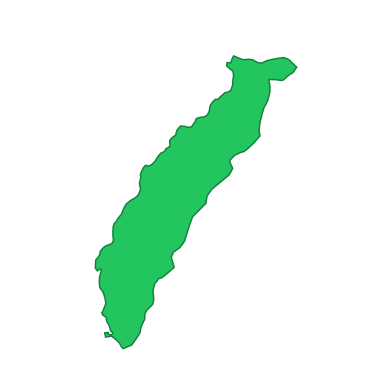 outline of Seogwipo-si, Jeju, South Korea, rotated 138°
{"feature_id": "91817680B85110926045998", "entity_name": "Seogwipo-si", "entity_type": "district", "adm_level": 2, "iso_a3": "KOR", "parent_name": "South Korea", "parent_adm1": "Jeju", "projection": "natural_earth1", "projection_center": [126.598, 33.335], "detail": "fine", "context": "isolated", "style": "filled", "palette": "green", "viewbox_px": 384, "rotation_deg": 138, "n_neighbors": 0, "source": "geoboundaries", "source_scale": "gbopen_adm2", "svg_char_len": 2413}
<svg xmlns="http://www.w3.org/2000/svg" viewBox="0 0 384 384"><g transform="rotate(138 192 192)"><path d="M30.7,214.7L31.4,225.5L33.8,230.5L38.4,233.6L43.9,237.0L48.9,239.7L53.7,241.0L56.4,244.0L58.5,249.8L61.4,253.0L65.5,256.1L67.9,260.8L70.1,265.3L74.5,263.5L76.7,262.0L79.3,264.7L81.9,262.6L81.7,260.2L81.3,257.5L80.8,254.3L83.0,250.9L86.5,248.0L90.3,244.2L94.9,241.7L97.7,241.9L101.0,243.7L104.3,243.7L107.0,243.9L109.6,243.3L111.5,244.2L112.7,245.3L114.7,245.2L116.8,245.0L119.4,244.4L120.8,243.9L122.5,242.6L125.2,240.4L129.1,239.0L132.6,239.6L135.5,241.7L139.5,243.7L142.3,242.3L147.4,241.1L149.1,240.8L151.9,243.0L153.3,245.3L156.4,248.8L162.0,247.9L164.1,246.6L165.9,245.2L170.3,245.7L172.1,245.6L174.3,245.0L176.0,243.1L177.4,240.8L180.2,241.0L182.4,241.6L184.8,240.6L186.5,240.8L189.0,241.7L192.4,241.3L196.4,240.4L198.7,239.6L203.3,239.3L206.8,240.1L208.6,242.9L211.3,242.7L215.8,241.0L218.8,239.4L220.2,237.0L225.0,233.9L226.4,231.9L228.5,228.3L234.0,225.7L238.7,225.7L243.6,226.9L249.1,227.0L254.1,225.3L258.7,222.9L265.4,221.7L268.1,220.7L270.5,220.7L273.6,219.1L276.8,216.0L280.0,212.4L282.8,208.5L286.3,207.3L290.1,208.9L293.4,209.9L296.8,209.8L300.3,209.1L302.4,207.2L305.1,206.3L308.6,206.0L310.7,204.3L312.9,201.9L314.8,200.1L315.1,196.7L312.9,196.5L311.2,195.5L312.2,194.2L315.5,192.1L317.8,190.5L320.4,187.9L321.8,186.3L323.7,183.7L324.6,182.3L324.9,178.0L325.9,175.0L327.4,172.1L328.8,169.4L330.9,166.6L335.8,164.2L337.5,163.3L339.9,162.6L340.6,160.5L340.3,158.5L339.7,156.7L340.1,155.3L341.5,153.7L342.4,151.6L342.4,149.7L344.4,145.0L345.1,143.9L345.4,142.9L345.0,141.0L345.4,139.8L346.9,139.8L348.1,140.2L348.8,141.3L349.1,142.6L348.2,143.5L351.1,145.8L353.3,142.0L348.3,138.8L347.6,135.3L347.2,132.3L347.0,128.3L347.8,125.2L348.1,121.8L345.2,120.7L339.1,118.7L332.1,120.2L325.1,122.0L321.4,124.9L317.7,127.0L312.4,129.0L308.7,132.8L304.4,134.4L296.3,134.8L292.3,137.7L287.1,144.7L281.2,148.7L274.4,149.8L271.8,148.5L263.9,148.0L255.6,148.0L251.2,157.2L246.4,159.7L238.1,158.8L230.5,160.4L218.2,167.8L208.2,173.2L189.1,174.3L183.5,179.0L175.2,180.8L152.6,179.9L145.9,182.4L144.3,187.8L142.6,190.3L135.6,190.7L129.4,188.9L126.4,187.3L120.7,186.9L112.6,187.1L103.9,188.2L101.0,192.9L95.3,197.9L88.5,202.6L82.2,206.4L74.5,209.3L67.3,214.1L63.4,218.3L59.7,224.2L54.6,219.5L51.1,215.2L49.2,214.1L42.0,214.1L36.9,213.2L30.7,214.7Z" fill="#22c55e" stroke="#15803d" stroke-width="1.5"/></g></svg>